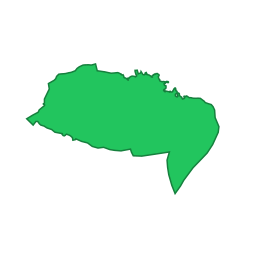 the district of Mobbar, Borno, Nigeria, rotated 62°
{"feature_id": "59680162B87872962443621", "entity_name": "Mobbar", "entity_type": "district", "adm_level": 2, "iso_a3": "NGA", "parent_name": "Nigeria", "parent_adm1": "Borno", "projection": "mercator", "projection_center": [12.643, 13.067], "detail": "fine", "context": "isolated", "style": "filled", "palette": "green", "viewbox_px": 256, "rotation_deg": 62, "n_neighbors": 0, "source": "geoboundaries", "source_scale": "gbopen_adm2", "svg_char_len": 4759}
<svg xmlns="http://www.w3.org/2000/svg" viewBox="0 0 256 256"><g transform="rotate(62 128 128)"><path d="M155.0,136.4L159.3,129.0L162.6,119.7L168.6,102.7L174.7,108.6L181.1,111.4L188.3,113.9L199.1,116.2L208.0,117.2L203.8,108.8L200.3,103.3L193.6,89.2L187.3,70.0L182.4,61.1L174.2,50.4L169.5,47.1L159.7,46.2L152.8,43.1L149.1,42.9L146.4,43.5L144.3,45.6L141.8,47.9L140.3,48.1L135.8,50.2L135.1,51.3L134.8,51.8L134.5,52.3L133.9,53.6L132.3,56.5L130.7,58.3L130.0,59.7L127.3,61.1L127.4,61.4L127.5,61.7L127.4,62.0L127.1,62.4L126.9,62.5L126.6,62.7L126.6,62.9L126.6,63.1L126.5,63.4L126.5,63.5L126.4,63.6L126.6,63.8L126.7,64.0L126.8,63.9L127.1,63.9L127.3,63.6L127.6,63.5L127.9,63.8L128.0,64.1L128.3,64.3L128.3,64.9L128.2,65.5L128.1,66.0L128.0,66.3L127.2,66.3L125.8,66.2L124.8,66.9L123.4,67.2L123.1,67.1L122.7,67.0L122.3,66.8L121.9,66.6L121.5,66.8L121.3,66.8L121.1,66.8L120.9,66.9L120.8,67.0L120.7,67.2L120.7,67.5L120.8,67.7L120.9,68.0L121.3,68.5L121.9,68.9L122.3,69.0L122.8,68.9L123.1,68.9L123.3,69.0L123.5,69.2L123.5,69.3L123.6,69.6L123.6,69.9L123.5,70.2L123.4,70.3L123.2,70.4L122.9,70.7L122.7,70.8L122.4,70.9L122.3,71.0L122.2,70.9L121.7,70.9L121.4,70.9L121.1,70.8L120.9,70.7L120.6,70.4L120.4,70.2L120.3,69.7L120.4,69.3L120.4,69.1L120.3,68.9L120.2,68.7L119.8,68.2L119.7,68.1L119.6,67.9L119.3,67.7L119.2,67.7L118.8,67.6L118.5,67.6L118.4,67.6L117.8,68.1L117.3,68.2L116.9,67.8L116.1,67.7L115.9,67.6L115.9,67.8L116.0,68.1L115.8,68.2L115.5,68.3L115.3,68.3L115.3,68.0L115.3,67.7L115.1,67.5L114.7,67.6L114.7,68.0L114.9,68.6L115.1,69.0L115.2,69.4L115.6,69.8L115.9,70.2L116.0,70.4L116.1,70.8L116.3,70.9L116.5,71.0L116.7,71.4L116.8,71.6L116.9,71.9L116.7,72.5L116.5,72.9L116.3,73.2L116.1,73.3L115.7,73.3L115.4,73.5L115.3,73.8L115.5,74.0L115.6,73.9L115.8,73.7L115.9,73.8L115.9,74.0L115.9,74.4L115.7,74.5L115.3,74.7L114.9,75.2L114.4,75.9L114.0,76.2L113.5,76.8L113.4,77.4L113.5,78.0L113.4,78.2L113.2,78.4L112.7,78.0L112.5,77.9L112.4,78.2L112.6,78.4L112.6,78.6L112.2,78.8L111.7,79.0L111.5,78.8L111.1,78.5L110.9,78.0L111.0,77.7L111.0,77.3L110.9,76.9L110.9,76.6L110.8,76.1L110.4,75.6L109.8,75.3L109.3,75.0L109.0,74.9L108.8,74.7L108.5,74.7L108.2,74.8L108.0,75.1L107.9,75.4L107.6,75.7L106.8,75.7L106.2,75.4L105.8,75.3L105.9,75.1L105.6,74.6L105.5,74.2L105.8,74.2L106.0,74.2L106.0,73.9L105.9,73.7L105.7,73.2L105.6,72.9L105.5,72.5L105.5,72.3L105.6,72.2L105.8,72.1L105.8,71.9L106.0,71.7L106.3,71.6L106.6,71.6L106.8,71.3L106.7,70.9L106.4,70.7L105.9,70.8L105.7,71.0L105.0,72.0L104.9,73.2L104.7,73.8L104.0,74.3L103.5,75.1L103.3,75.7L103.3,76.0L102.5,76.8L102.4,76.9L102.3,77.0L102.2,77.1L102.0,77.3L101.9,77.4L101.8,77.5L101.6,77.6L101.0,77.8L100.8,77.6L100.1,77.3L99.6,77.6L98.6,77.6L98.2,77.6L97.5,77.3L96.7,77.1L96.6,76.6L96.4,76.1L95.9,75.7L95.2,75.7L94.7,76.1L94.0,76.4L93.6,76.6L93.4,77.3L93.1,77.8L93.4,78.3L93.4,78.8L93.1,79.2L92.9,79.2L92.9,79.7L92.9,80.0L93.1,80.2L92.9,80.7L93.4,80.9L93.4,82.6L93.8,82.8L94.3,82.8L94.0,83.3L93.8,83.5L93.4,83.5L92.7,83.5L92.2,84.0L91.7,84.2L91.4,84.3L91.3,84.5L91.0,84.7L90.7,85.0L90.5,85.4L89.9,85.5L89.7,85.9L89.6,86.1L89.4,86.5L88.9,86.4L88.5,85.9L87.5,85.9L87.5,87.0L87.7,87.3L88.4,87.2L88.6,87.5L88.7,87.9L88.7,88.3L88.5,89.0L88.0,89.5L87.8,89.7L87.1,89.8L85.6,89.9L84.3,90.0L84.9,90.5L85.2,91.0L85.4,91.6L85.2,92.1L85.0,92.9L85.0,93.5L81.3,92.7L81.0,93.5L80.4,94.7L81.4,95.2L83.2,95.6L84.2,95.8L84.6,95.9L84.6,95.7L85.1,95.5L85.4,95.5L85.6,95.7L85.9,96.0L86.2,96.1L86.3,96.7L86.4,97.3L86.2,97.6L85.3,98.2L84.1,100.0L83.9,101.1L84.0,102.4L84.0,103.0L84.3,103.3L84.6,103.8L84.5,104.3L84.0,104.5L83.9,105.3L84.4,105.4L85.4,105.2L85.7,105.3L85.5,105.6L84.9,105.8L83.8,106.1L82.6,106.8L82.0,107.6L81.8,107.8L81.5,107.8L81.1,107.6L80.8,107.6L80.1,107.4L79.7,107.4L79.2,107.4L78.7,107.4L78.7,107.6L78.6,108.0L78.3,108.2L78.2,108.5L77.9,108.6L77.7,108.8L77.1,108.8L77.1,109.1L76.8,109.1L75.6,109.9L75.3,110.1L75.2,110.3L74.5,110.8L74.1,111.4L73.1,114.0L71.7,117.2L69.6,119.7L67.5,122.2L63.0,128.3L56.2,126.6L55.2,130.9L53.7,133.1L51.7,137.2L51.3,138.4L51.1,142.3L51.5,145.0L52.7,147.7L52.2,151.9L51.8,153.3L51.6,153.8L51.5,154.1L51.3,154.9L50.6,157.6L50.0,159.1L48.7,162.0L48.3,163.1L48.0,163.9L48.9,166.8L50.5,168.6L51.2,170.7L51.4,177.4L56.6,179.2L63.2,188.2L66.4,189.9L67.1,190.8L66.9,191.3L67.3,191.5L68.1,190.7L69.0,191.2L70.3,197.8L71.9,199.9L71.9,206.2L72.3,213.1L80.9,210.4L79.0,206.2L79.9,204.6L82.6,204.3L84.5,203.6L86.9,201.2L89.9,199.5L91.2,198.3L93.5,196.1L97.4,194.5L102.0,188.8L102.2,189.2L104.2,188.8L105.0,188.0L105.0,186.8L104.7,186.3L104.7,185.6L104.6,185.2L106.8,183.2L107.9,182.5L110.4,181.6L112.9,182.4L113.6,179.8L113.6,179.7L113.1,179.1L118.0,175.3L122.2,170.7L127.5,168.2L131.6,163.9L133.6,158.6L138.5,154.2L141.6,150.1L144.9,144.9L147.8,135.7L150.9,136.3L155.0,136.4Z" fill="#22c55e" stroke="#15803d" stroke-width="1.5"/></g></svg>